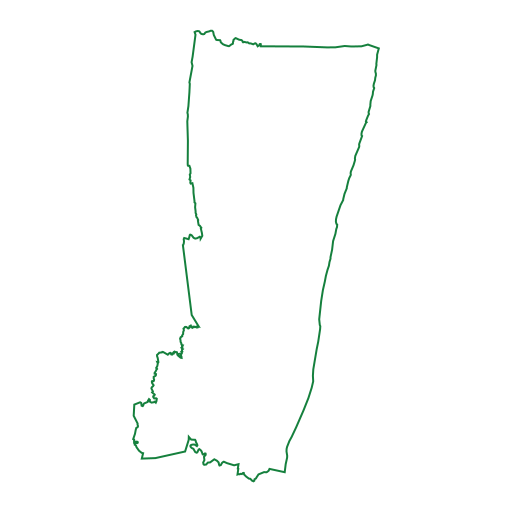 Umkhanyakude, KwaZulu-Natal, South Africa
{"feature_id": "47623444B87808740966359", "entity_name": "Umkhanyakude", "entity_type": "district", "adm_level": 2, "iso_a3": "ZAF", "parent_name": "South Africa", "parent_adm1": "KwaZulu-Natal", "projection": "equal_earth", "projection_center": [32.054, -27.662], "detail": "fine", "context": "isolated", "style": "outline", "palette": "green", "viewbox_px": 512, "rotation_deg": 0, "n_neighbors": 0, "source": "geoboundaries", "source_scale": "gbopen_adm2", "svg_char_len": 6014}
<svg xmlns="http://www.w3.org/2000/svg" viewBox="0 0 512 512"><path d="M269.5,468.9L284.7,472.2L285.7,464.1L287.1,457.7L287.2,455.8L286.5,451.4L286.6,448.9L287.1,446.8L289.4,441.0L291.6,437.0L296.2,427.2L303.5,410.4L308.4,398.1L311.7,387.7L313.2,381.3L312.9,375.8L313.3,369.3L316.7,349.1L318.2,341.8L320.1,329.2L320.3,326.2L319.8,325.0L319.2,319.3L321.2,300.9L322.9,290.1L324.8,281.7L325.9,275.9L327.5,269.9L328.9,265.8L329.5,262.0L330.5,258.7L330.5,257.2L332.1,249.7L333.1,241.1L335.4,233.9L336.3,229.0L337.0,227.1L337.2,224.6L336.4,223.8L335.9,221.7L336.0,219.3L336.6,216.6L340.5,205.2L343.2,200.0L343.2,199.3L344.5,193.9L346.8,188.2L346.8,187.3L348.3,181.0L349.2,178.2L350.7,175.2L350.8,174.5L350.6,173.2L350.9,171.5L353.5,165.3L354.7,161.3L355.1,159.7L354.9,158.4L355.3,155.9L359.1,147.1L359.3,146.0L359.1,144.8L359.3,143.6L362.1,136.0L361.6,135.5L361.5,135.0L361.5,133.6L361.9,131.7L366.0,122.7L366.6,122.2L365.9,121.5L366.2,120.3L368.0,115.8L369.0,114.0L368.6,113.0L368.6,111.9L370.4,105.9L370.3,105.0L370.7,101.0L372.5,95.5L372.8,94.1L373.0,91.7L374.2,88.1L374.1,87.7L373.6,87.1L373.5,85.7L373.9,83.6L375.0,80.3L375.3,77.6L375.9,75.5L375.9,73.7L375.4,71.9L375.3,70.8L376.5,64.9L376.3,64.1L377.1,57.2L377.1,54.7L378.8,48.4L368.2,44.7L368.1,45.0L368.1,44.7L367.5,44.7L361.5,46.3L351.5,46.5L344.7,46.0L335.5,47.3L327.1,47.4L304.0,46.5L260.8,46.3L260.8,44.2L260.7,44.0L259.7,44.1L259.2,45.3L257.7,46.3L256.6,44.3L255.6,43.3L254.8,43.4L253.2,44.3L250.7,43.4L249.2,43.4L247.7,42.3L246.7,42.5L244.4,41.9L243.1,42.3L242.7,41.9L242.4,40.9L241.5,40.1L239.1,39.7L235.7,38.1L234.8,38.6L233.4,40.1L233.4,41.2L233.0,42.0L232.9,43.6L232.7,43.9L231.4,44.4L229.2,46.1L228.3,46.1L224.9,45.1L222.9,44.2L220.8,42.3L220.4,40.7L220.1,40.2L216.8,40.0L216.1,39.7L213.8,35.0L213.2,31.9L212.2,30.8L210.8,30.7L209.1,31.4L206.5,32.0L205.3,32.6L204.3,34.0L203.1,34.3L201.3,33.9L200.1,32.7L199.6,31.7L199.2,31.3L197.8,31.0L195.9,31.4L194.6,32.1L195.5,34.7L192.6,56.7L191.6,62.2L192.5,65.9L189.4,82.5L189.8,83.8L189.4,92.4L188.4,106.2L187.4,112.8L187.8,114.3L187.9,116.6L187.3,121.3L187.9,140.9L187.7,164.0L187.8,165.3L188.1,165.8L189.4,165.8L190.4,168.7L190.5,172.6L190.5,173.4L189.8,174.5L190.2,177.0L189.5,179.5L190.6,180.4L190.3,182.8L190.7,183.6L192.4,183.2L193.4,187.8L193.5,192.9L194.5,201.1L194.5,202.4L195.4,203.3L195.1,207.3L195.6,211.2L195.6,212.9L196.3,214.4L196.0,215.2L196.5,217.2L197.1,217.7L198.2,220.1L197.9,220.6L198.6,224.9L199.9,225.8L201.3,227.8L200.8,228.3L201.9,233.0L202.3,235.8L200.6,238.7L200.5,237.5L199.8,236.7L197.1,238.2L195.2,238.6L193.6,237.8L191.7,235.3L190.6,234.7L190.1,234.7L189.8,235.0L189.2,237.5L188.6,239.2L186.2,238.5L184.2,238.0L183.7,239.2L184.0,241.2L183.8,243.2L183.3,244.8L182.9,245.1L191.7,315.0L198.7,326.5L198.3,326.4L197.8,326.9L197.3,327.0L197.5,327.4L197.1,327.5L196.9,326.7L196.6,326.9L196.3,326.7L195.4,327.1L194.7,326.7L194.1,327.1L193.7,326.8L193.0,327.4L192.9,327.2L192.5,327.7L191.9,327.2L191.5,327.4L191.1,327.0L191.2,326.2L190.8,326.0L190.7,325.6L189.5,326.3L189.5,327.1L188.9,327.6L189.1,328.0L188.6,328.4L188.2,328.5L187.8,328.2L186.4,327.0L186.0,327.1L185.7,326.9L184.9,327.0L184.0,328.2L183.5,328.6L183.9,330.2L183.2,332.0L183.1,334.1L182.6,334.7L182.1,335.6L182.2,336.3L180.7,337.2L180.6,337.8L180.2,338.2L180.1,338.8L180.5,340.1L180.6,341.9L181.4,343.4L181.3,344.0L181.8,345.0L182.8,345.3L182.3,346.1L182.4,346.6L182.0,346.6L182.0,347.4L181.5,347.8L182.3,348.5L182.1,348.7L182.1,349.3L182.5,349.4L182.0,349.9L181.9,350.7L182.1,351.2L181.9,351.5L182.0,351.6L181.5,351.8L181.9,352.3L181.8,353.5L180.7,354.2L180.7,354.9L180.5,355.2L181.0,355.1L181.1,357.1L181.5,357.0L181.6,357.9L180.6,357.7L178.0,355.5L177.9,355.1L178.6,354.0L177.3,354.3L177.0,352.3L176.0,352.0L175.2,352.3L174.6,351.6L173.8,352.0L173.8,353.3L173.0,353.2L172.9,353.6L172.3,353.6L172.5,354.4L172.2,354.6L171.4,354.5L171.2,353.8L170.7,353.7L170.6,353.0L170.2,352.8L168.9,353.5L167.8,354.7L163.1,352.0L162.3,351.9L162.0,352.4L159.2,352.7L158.8,353.3L157.0,355.0L157.1,356.3L157.7,357.9L158.4,362.2L158.2,362.5L157.3,362.2L157.8,363.4L157.5,365.1L157.2,366.3L156.2,367.9L156.3,368.2L156.8,368.4L157.1,368.9L156.4,369.7L155.8,371.1L154.6,372.9L154.6,373.7L156.0,374.1L155.9,375.1L155.5,375.8L153.7,376.8L153.7,378.4L154.1,379.6L153.9,380.8L153.2,381.3L152.2,381.0L151.9,381.4L151.9,382.3L152.2,383.3L153.6,385.2L153.1,386.1L151.8,387.3L151.4,388.2L151.6,388.9L152.9,391.4L152.1,392.4L154.7,394.6L154.3,395.6L153.2,396.3L153.3,397.2L154.2,398.4L156.2,398.3L156.8,398.8L156.4,401.3L155.8,402.6L155.0,401.7L154.6,401.7L154.5,402.1L151.5,402.6L149.8,401.6L149.9,399.9L149.0,399.1L148.0,400.7L147.6,402.0L144.2,403.4L143.6,404.1L143.2,405.5L142.7,406.1L141.6,405.7L141.2,402.9L140.1,402.3L134.3,404.6L133.7,415.8L137.6,423.5L137.5,424.4L138.0,426.1L137.6,427.2L136.3,427.9L135.7,430.0L135.0,433.8L133.2,439.1L134.1,439.6L134.1,442.4L136.0,441.6L137.5,441.8L137.8,442.2L137.7,442.8L137.2,443.1L135.5,442.9L134.7,444.1L134.7,444.7L135.9,445.4L136.5,447.2L139.0,450.7L141.6,452.8L143.1,453.2L141.8,458.6L155.4,458.1L185.1,451.5L188.7,439.9L188.8,436.9L190.7,439.1L191.3,439.6L195.1,439.8L195.6,440.6L195.9,442.0L197.1,444.3L197.4,445.4L196.9,446.1L194.7,444.6L193.2,444.5L191.6,444.8L190.8,445.2L190.4,445.8L190.5,446.6L191.2,447.5L191.9,448.1L193.4,448.8L195.2,452.0L196.5,452.7L197.3,452.4L198.6,449.6L199.3,449.1L200.5,450.0L201.5,451.2L202.7,454.4L203.4,454.5L205.0,453.4L205.6,453.6L205.7,454.8L204.0,456.8L204.4,460.1L203.2,462.5L203.5,464.2L204.2,464.8L206.2,464.5L207.8,462.6L210.1,462.4L214.3,459.3L216.9,460.7L218.6,462.4L219.1,464.8L219.5,465.5L220.8,465.1L221.9,463.1L222.7,462.3L223.8,461.7L226.9,463.1L234.1,465.3L238.5,464.2L237.8,468.6L238.3,468.8L237.5,474.5L238.8,474.1L239.7,474.3L240.6,473.8L241.9,474.1L242.8,473.1L243.7,472.9L243.9,473.1L243.8,473.6L244.1,474.5L246.2,476.6L248.9,478.6L250.3,478.8L252.1,480.7L253.5,481.3L254.3,480.7L254.5,479.3L256.0,478.4L256.4,477.6L258.5,474.4L264.1,472.1L266.3,472.3L267.0,472.0L268.6,470.8L269.5,468.9Z" fill="none" stroke="#15803d" stroke-width="2"/></svg>